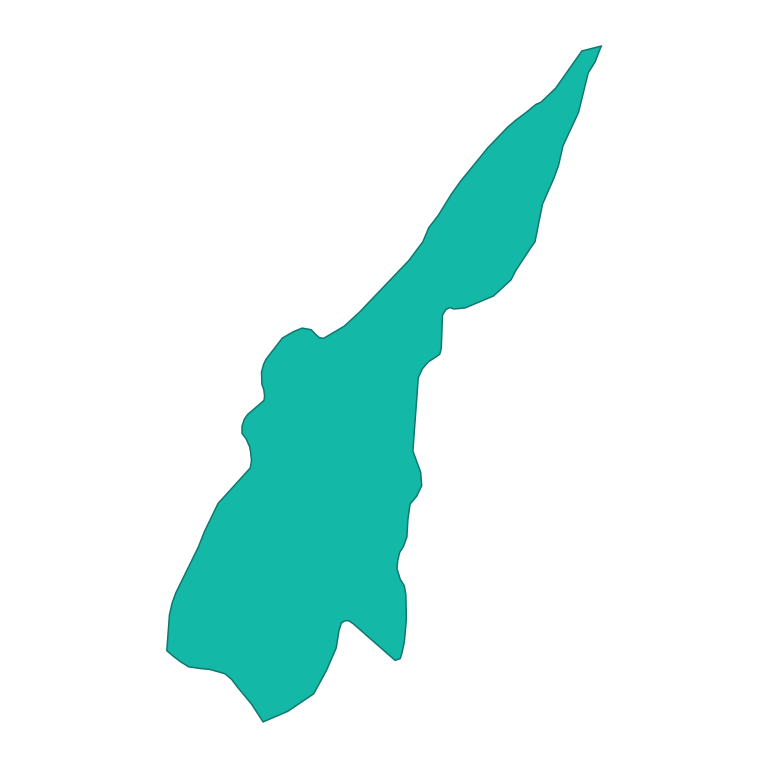 outline of Pueblo Nuevo, Suchitepéquez, Guatemala
{"feature_id": "79465075B83256235526272", "entity_name": "Pueblo Nuevo", "entity_type": "district", "adm_level": 2, "iso_a3": "GTM", "parent_name": "Guatemala", "parent_adm1": "Suchitepéquez", "projection": "equal_earth", "projection_center": [-91.526, 14.668], "detail": "fine", "context": "isolated", "style": "filled", "palette": "teal", "viewbox_px": 768, "rotation_deg": 0, "n_neighbors": 0, "source": "geoboundaries", "source_scale": "gbopen_adm2", "svg_char_len": 1459}
<svg xmlns="http://www.w3.org/2000/svg" viewBox="0 0 768 768"><path d="M263.1,721.9L287.8,711.3L313.7,693.8L326.3,670.8L336.2,648.0L339.0,630.5L341.4,623.0L344.8,620.8L348.7,620.7L352.9,623.5L395.1,660.4L400.2,658.6L401.9,653.2L404.3,642.2L406.4,619.5L405.9,594.9L404.3,585.8L400.2,579.2L397.0,568.7L397.7,560.7L399.6,552.6L403.4,546.6L406.9,537.0L407.9,519.5L410.1,504.0L416.5,496.5L421.7,485.9L420.7,472.4L412.9,451.0L418.3,377.6L422.5,368.6L428.5,361.7L436.3,356.7L439.8,354.1L441.3,348.3L442.5,315.0L445.9,309.6L449.8,307.6L454.0,309.0L465.2,307.9L493.6,295.9L511.0,279.9L516.0,270.2L530.3,248.4L535.0,241.8L542.5,204.2L553.9,178.2L558.5,165.6L563.0,145.8L578.5,112.5L588.2,72.9L595.1,61.9L601.2,46.1L581.9,50.9L555.7,88.1L541.0,102.2L535.9,104.4L525.9,112.6L516.0,120.0L507.7,127.1L487.7,147.9L460.5,181.3L451.1,194.5L438.5,215.0L428.7,227.8L422.9,241.7L409.0,260.3L366.0,305.3L360.7,311.0L344.2,326.2L323.5,338.4L319.1,337.5L315.8,334.5L311.2,329.7L302.2,328.1L293.5,331.6L282.3,338.1L265.9,359.4L263.5,364.6L261.5,372.2L261.9,384.3L263.8,389.7L264.6,395.9L264.0,400.4L247.7,414.4L244.3,419.2L242.0,426.2L242.0,433.4L246.2,439.0L249.6,446.7L250.6,452.2L251.5,460.4L250.3,467.9L218.1,503.4L204.6,531.2L198.3,547.1L175.7,593.1L171.9,603.8L169.4,615.2L166.8,650.7L172.6,655.7L180.2,661.5L188.5,666.8L200.9,668.6L209.7,669.4L224.9,673.7L231.7,679.5L238.0,687.8L242.1,692.7L251.5,704.1L263.1,721.9Z" fill="#14b8a6" stroke="#0f766e" stroke-width="1.5"/></svg>